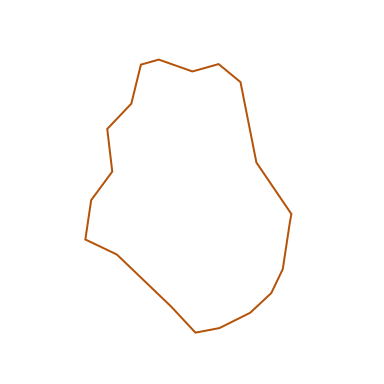 SVG path tracing the border of Luton, rotated 227°
{"feature_id": "GBR-2752", "entity_name": "Luton", "entity_type": "Unitary Authority", "adm_level": 1, "iso_a3": "GBR", "parent_name": "United Kingdom", "parent_adm1": "", "projection": "robinson", "projection_center": [-0.408, 51.873], "detail": "fine", "context": "isolated", "style": "outline", "palette": "amber", "viewbox_px": 384, "rotation_deg": 227, "n_neighbors": 0, "source": "natural_earth", "source_scale": "10m", "svg_char_len": 420}
<svg xmlns="http://www.w3.org/2000/svg" viewBox="0 0 384 384"><g transform="rotate(227 192 192)"><path d="M230.0,81.6L254.8,112.7L261.3,147.6L295.9,173.0L298.0,207.9L320.0,241.5L311.5,258.0L279.9,274.5L267.4,298.7L239.3,302.4L169.6,259.2L108.9,249.8L108.2,249.8L103.0,242.8L73.7,205.8L64.0,181.0L64.0,152.2L73.8,119.2L86.8,98.6L122.6,98.6L197.5,94.4L230.0,81.6Z" fill="none" stroke="#b45309" stroke-width="2"/></g></svg>